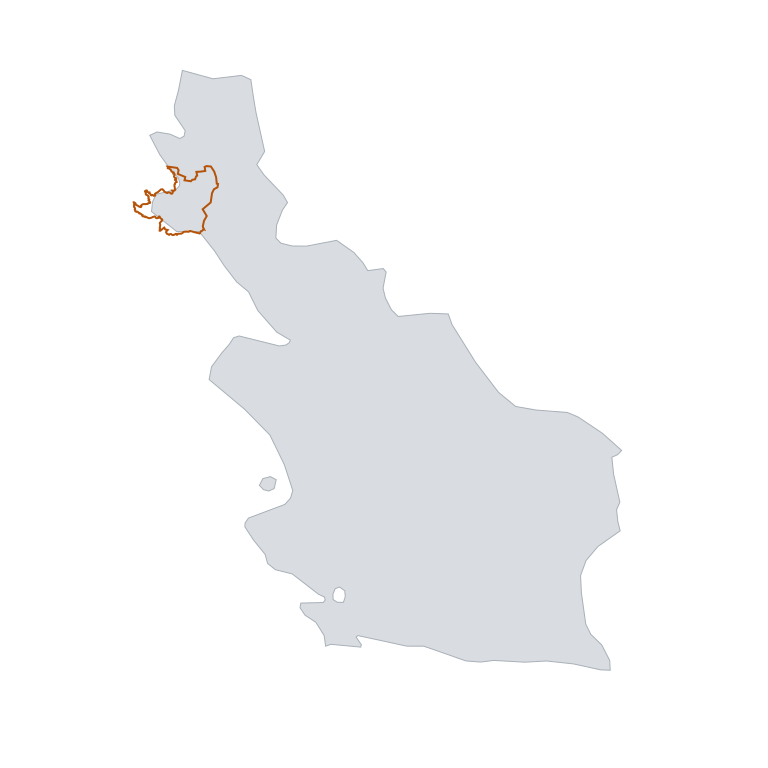 Goris, Syunik, Armenia (highlighted), rotated 193°
{"feature_id": "60910142B80914034873135", "entity_name": "Goris", "entity_type": "district", "adm_level": 2, "iso_a3": "ARM", "parent_name": "Armenia", "parent_adm1": "Syunik", "projection": "robinson", "projection_center": [46.432, 39.469], "detail": "fine", "context": "in_parent", "style": "outline", "palette": "amber", "viewbox_px": 768, "rotation_deg": 193, "n_neighbors": 0, "source": "geoboundaries", "source_scale": "gbopen_adm2", "svg_char_len": 7789}
<svg xmlns="http://www.w3.org/2000/svg" viewBox="0 0 768 768"><g transform="rotate(193 384 384)"><path d="M337.2,466.7L331.0,457.1L299.6,425.7L270.5,401.6L250.6,391.7L230.3,392.8L198.9,397.5L187.4,395.5L160.1,385.1L137.5,372.7L140.6,367.6L145.5,363.9L140.0,347.8L127.6,321.9L129.1,313.8L125.2,302.5L120.9,294.1L139.0,273.8L147.4,257.5L149.4,241.7L144.8,225.2L133.4,195.4L126.3,186.7L113.0,178.6L101.9,165.4L99.2,156.0L108.7,154.2L136.4,153.9L163.2,150.7L184.3,144.6L214.7,139.4L227.3,134.8L241.9,132.6L286.3,137.5L302.9,133.7L352.9,133.0L354.2,131.1L347.4,124.8L347.5,122.4L377.3,118.4L381.9,115.4L385.7,125.4L396.8,136.5L409.0,141.0L415.5,147.1L415.8,151.8L394.1,157.4L392.7,160.2L394.1,163.0L400.5,164.4L430.7,178.3L448.0,178.6L457.0,182.9L461.5,191.2L475.9,202.5L487.4,213.5L488.1,217.3L485.9,222.9L453.5,244.4L449.4,251.8L448.9,259.7L463.0,283.0L483.7,308.6L513.9,327.9L555.4,349.0L555.9,362.0L549.2,377.5L543.6,388.0L541.0,395.2L535.9,398.2L494.4,397.5L488.2,400.0L485.5,403.1L485.2,405.7L500.2,410.4L523.4,427.1L536.7,443.3L550.7,450.4L566.3,463.3L578.9,475.4L598.4,491.0L620.2,485.9L649.3,499.7L650.5,509.2L648.7,517.6L630.4,526.8L628.1,530.6L628.1,533.8L630.5,538.3L641.3,545.8L653.9,556.9L668.2,573.6L661.8,578.5L648.5,579.3L638.2,577.2L634.5,580.6L634.7,586.1L648.2,598.7L650.9,607.9L650.3,624.0L651.0,644.2L619.4,642.9L592.4,652.6L582.2,650.6L575.5,633.5L569.7,619.5L552.6,583.7L557.3,569.1L547.8,560.6L524.7,545.4L518.8,539.1L522.1,530.5L524.4,514.7L522.2,501.9L516.1,498.0L504.6,497.8L490.6,500.9L462.5,513.3L443.0,505.4L431.8,497.4L425.3,490.8L410.7,496.3L407.1,493.6L406.5,477.2L402.1,468.3L393.4,457.9L385.3,453.0L355.2,463.2L337.2,466.7ZM385.5,173.7L386.5,167.8L385.1,162.5L380.3,160.8L374.4,162.2L373.9,168.1L375.7,173.7L381.6,176.2L385.5,173.7ZM480.8,264.5L473.9,268.2L467.5,266.5L467.5,257.4L472.2,253.8L477.6,253.9L482.6,257.2L480.8,264.5Z" fill="#d9dde1" stroke="#a8b0b8" stroke-width="1"/><path d="M643.8,547.1L643.6,546.9L643.5,546.6L643.3,546.5L643.3,546.3L643.2,545.7L642.9,545.8L642.7,546.4L642.0,545.7L641.7,545.6L641.5,545.3L641.3,545.2L640.2,545.0L640.1,544.8L640.0,544.6L639.8,544.4L639.4,544.1L639.2,543.9L639.1,543.7L638.9,543.3L638.5,543.2L637.8,542.9L637.6,542.9L637.4,542.8L637.1,542.8L636.9,542.9L636.4,542.8L636.3,542.6L636.3,542.3L636.6,542.1L636.7,541.8L636.7,541.6L635.8,541.4L635.5,541.4L635.3,541.3L635.3,541.1L635.3,540.9L635.3,540.6L635.1,540.4L635.2,540.1L635.3,539.1L635.2,538.8L634.9,538.5L634.8,538.4L634.6,538.1L634.3,538.0L633.6,537.9L633.3,537.9L633.3,537.5L633.3,537.3L632.5,537.0L632.6,536.7L633.3,536.5L633.6,536.2L633.6,535.8L633.4,535.7L632.4,535.3L631.9,535.0L631.7,534.8L631.7,534.4L631.5,534.1L631.9,533.8L632.2,533.6L632.4,533.3L632.7,532.9L632.8,532.6L632.7,532.4L632.7,532.1L632.6,531.8L632.8,531.5L633.0,531.3L632.9,530.7L632.8,530.1L632.6,529.5L632.2,528.8L632.0,528.1L631.7,527.3L631.1,526.3L631.7,525.3L632.1,525.1L632.9,524.9L633.5,524.9L633.9,524.8L633.7,524.6L633.4,524.4L632.9,523.8L633.0,523.1L633.0,522.7L633.1,522.2L633.5,521.7L633.9,521.6L634.3,521.6L635.1,522.0L635.5,522.2L636.3,522.3L636.8,522.3L637.4,522.1L637.8,521.7L638.0,521.4L638.7,521.3L639.2,521.4L640.2,521.7L640.9,521.9L641.4,522.2L641.8,522.6L642.0,522.9L642.7,523.3L643.6,523.9L644.0,523.7L644.9,523.5L645.1,523.4L645.5,522.9L646.3,521.7L647.1,520.6L647.5,520.1L648.0,519.6L648.9,519.0L649.7,518.0L650.0,517.6L650.0,517.4L649.4,516.2L649.5,516.0L650.2,515.7L650.6,515.6L651.2,515.7L651.6,516.0L652.1,516.1L652.4,516.1L652.6,516.0L652.6,515.8L652.7,515.6L652.9,515.5L653.2,515.6L653.2,515.8L653.4,515.9L653.7,515.8L654.0,515.8L654.4,516.4L654.8,516.9L655.1,517.2L655.4,517.4L655.6,517.5L655.6,517.9L655.8,517.9L656.0,517.7L656.2,517.4L656.3,517.5L656.7,517.8L657.2,517.9L657.5,518.0L657.7,517.9L657.9,517.9L657.9,518.3L658.4,519.0L658.7,519.2L659.1,519.2L659.4,519.0L659.6,518.7L659.7,518.2L660.2,518.1L660.2,517.8L660.0,517.6L659.3,517.1L659.2,516.9L659.1,516.7L659.0,516.4L659.1,516.2L659.0,515.8L659.0,515.7L658.9,515.5L658.7,515.2L658.2,514.9L657.9,514.9L657.7,514.8L657.3,514.8L656.9,514.7L656.3,514.4L656.0,513.8L655.8,513.6L655.3,513.3L655.3,513.1L655.4,512.8L655.3,512.4L655.4,512.0L655.2,511.6L654.7,511.3L654.3,511.1L654.2,510.9L654.3,510.7L654.7,510.1L654.7,509.9L654.4,509.8L652.8,508.5L652.7,508.2L652.7,507.9L652.9,507.7L653.2,507.6L653.7,507.5L654.0,507.3L654.3,507.2L654.5,507.1L654.6,506.6L655.0,506.2L655.6,506.1L656.2,505.8L656.7,505.6L658.2,505.4L658.7,505.2L659.2,505.0L659.8,504.6L660.2,504.2L660.5,503.7L660.8,503.3L661.0,503.0L661.0,502.8L660.4,502.3L660.5,502.1L660.7,501.7L661.3,501.6L661.6,501.6L662.2,501.8L662.7,501.8L663.2,502.0L663.9,502.3L665.5,502.7L666.0,502.8L666.3,502.8L666.5,503.1L666.5,503.6L666.6,503.9L666.8,504.1L667.1,504.3L668.0,504.6L668.4,504.8L668.6,504.8L668.8,504.7L668.7,504.5L668.2,504.0L667.9,503.6L667.8,503.3L667.8,503.0L667.9,502.7L667.6,502.4L667.5,502.2L667.6,501.9L667.7,501.4L667.7,501.1L667.5,500.9L667.4,500.7L667.2,500.1L666.8,500.0L666.5,499.7L666.4,499.4L666.2,499.1L666.0,498.9L665.9,498.6L666.0,498.3L666.1,498.0L666.1,497.8L665.9,497.6L665.5,497.2L665.4,496.9L665.3,496.7L665.1,496.8L665.0,496.6L664.9,496.4L664.4,496.1L663.9,496.1L663.7,496.3L663.3,496.4L662.4,496.2L661.9,495.9L661.6,495.8L661.3,495.5L661.0,495.3L660.9,495.5L660.6,495.6L660.3,495.5L660.0,495.3L659.6,495.1L659.2,495.1L658.7,494.9L658.2,494.6L658.0,494.2L657.3,494.2L657.4,493.7L657.2,493.4L657.0,493.2L656.4,493.1L655.8,493.2L654.7,493.5L654.3,493.5L654.0,493.4L654.0,493.0L653.8,493.0L652.9,493.1L652.6,493.1L651.9,493.0L651.4,492.8L650.7,492.7L649.9,492.8L649.1,493.1L647.9,493.8L647.4,494.2L646.9,494.7L645.7,495.4L645.0,495.7L644.3,495.3L643.9,494.8L643.3,494.4L643.0,494.4L642.4,494.5L641.6,494.8L641.3,495.1L641.0,496.2L640.9,496.6L640.7,496.7L640.4,496.7L640.1,496.5L639.9,495.9L639.3,495.4L638.5,495.0L637.7,494.7L637.1,494.4L637.0,494.0L637.1,493.4L637.2,492.9L637.6,492.5L638.3,491.2L638.6,490.7L638.6,490.2L638.5,489.9L638.3,489.7L638.1,489.2L637.9,489.0L637.8,488.5L637.8,488.0L637.6,486.7L637.6,486.2L637.7,485.8L637.3,485.3L637.2,484.8L637.2,484.5L637.3,484.0L637.2,483.7L637.2,483.4L637.2,483.1L637.1,482.9L636.5,483.0L636.3,483.1L636.1,483.4L636.0,483.6L635.6,484.1L635.4,484.4L634.9,485.0L634.5,485.5L634.3,485.8L634.0,486.1L633.9,486.3L633.3,487.0L633.0,486.7L632.8,486.3L632.6,486.0L632.1,485.6L631.5,485.5L631.1,485.4L630.6,485.4L629.4,485.4L629.7,484.8L630.3,484.0L630.4,483.8L630.5,483.2L630.4,482.7L630.2,482.5L629.6,482.0L629.5,481.7L629.3,481.6L629.0,481.5L628.5,481.5L627.4,481.1L627.0,481.0L626.9,481.0L626.7,481.2L626.4,481.6L626.2,481.9L625.9,482.1L625.5,482.2L625.0,482.2L624.1,481.7L623.7,481.6L623.3,481.7L622.8,481.8L622.5,481.9L622.1,482.3L621.7,482.5L621.3,482.8L620.7,483.4L620.4,483.5L620.2,483.5L619.9,483.1L619.7,483.0L619.5,482.8L619.4,482.8L619.1,482.9L619.0,483.2L618.7,483.8L618.4,484.1L617.9,484.2L617.4,484.3L616.9,484.4L616.3,484.6L615.9,484.8L615.3,484.9L614.9,485.3L614.7,485.5L614.2,485.9L614.0,486.2L613.8,486.7L613.6,487.0L612.9,487.4L612.4,487.5L611.9,487.7L611.0,487.9L610.5,488.1L609.9,488.2L609.4,488.3L608.9,488.3L608.4,488.5L608.2,488.7L608.0,489.0L607.8,489.3L607.1,489.5L606.4,489.4L605.8,489.5L604.9,489.4L603.2,489.3L602.6,489.3L601.0,489.2L599.6,489.3L598.2,489.2L597.5,489.2L597.3,489.4L597.1,490.0L597.0,491.0L596.8,491.6L596.5,491.8L595.8,492.3L595.4,492.8L595.2,493.0L595.1,493.3L595.0,493.6L595.0,494.0L594.8,494.3L594.1,494.2L596.0,496.6L596.1,502.5L594.5,507.8L600.0,513.5L593.7,521.9L594.5,531.3L593.5,535.5L590.5,538.2L590.7,541.6L592.0,541.6L594.1,547.7L597.2,552.8L601.6,557.0L605.9,556.4L607.6,555.2L606.1,551.4L610.7,549.6L614.5,548.5L612.9,545.0L613.8,544.0L614.1,541.0L616.8,539.8L617.8,538.1L624.2,537.6L624.2,541.0L632.1,542.3L632.3,546.2L634.2,548.0L639.3,547.6L643.8,547.1Z" fill="none" stroke="#b45309" stroke-width="2"/></g></svg>